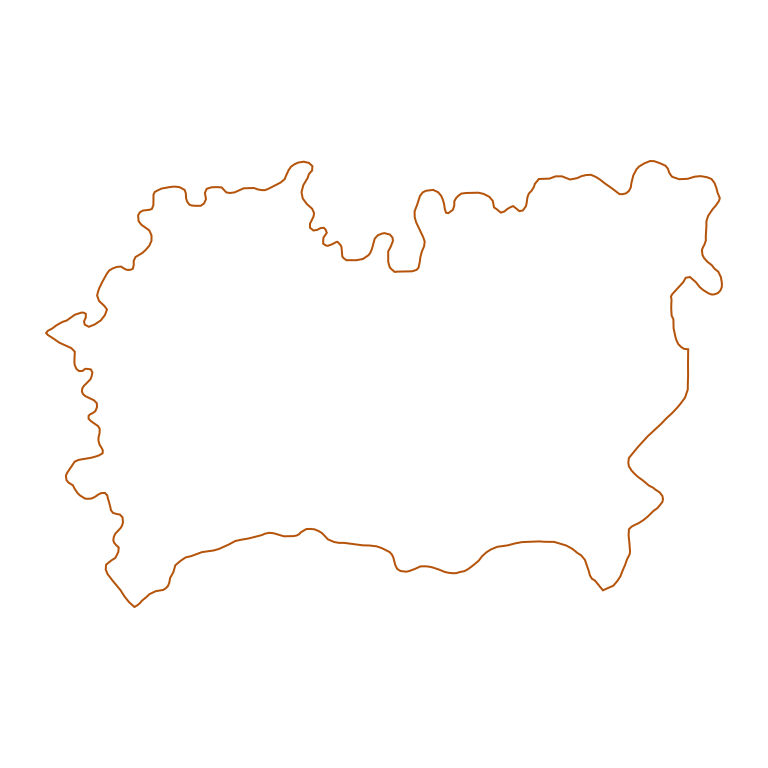 Hlybokaye, Vitebsk, Belarus
{"feature_id": "67162791B12228546801080", "entity_name": "Hlybokaye", "entity_type": "district", "adm_level": 2, "iso_a3": "BLR", "parent_name": "Belarus", "parent_adm1": "Vitebsk", "projection": "albers", "projection_center": [27.835, 55.173], "detail": "fine", "context": "isolated", "style": "outline", "palette": "amber", "viewbox_px": 768, "rotation_deg": 0, "n_neighbors": 0, "source": "geoboundaries", "source_scale": "gbopen_adm2", "svg_char_len": 6053}
<svg xmlns="http://www.w3.org/2000/svg" viewBox="0 0 768 768"><path d="M602.9,590.3L613.3,585.7L617.1,581.3L620.3,576.5L622.9,569.9L625.1,564.9L627.0,559.4L629.8,553.9L630.0,551.3L629.4,542.9L628.6,535.6L628.9,529.3L631.4,526.8L634.0,525.3L638.5,523.2L643.4,520.1L647.8,516.5L653.6,510.8L657.4,508.1L660.0,505.1L662.4,501.9L663.0,499.0L662.4,496.0L659.7,492.4L655.4,489.6L653.1,487.7L649.1,485.7L642.8,480.4L637.7,476.7L634.3,473.5L631.6,470.6L628.9,466.3L628.3,462.5L628.9,458.0L637.9,447.0L647.7,436.3L661.2,423.8L666.6,418.1L671.9,413.3L676.4,408.6L679.8,404.6L685.0,397.7L687.8,389.4L687.8,384.5L688.1,376.2L688.0,363.4L688.2,349.3L684.1,348.9L680.9,346.8L678.2,344.0L676.7,340.8L675.6,337.6L673.6,328.4L673.4,319.3L671.6,315.6L671.2,307.8L671.5,299.7L671.0,296.3L672.3,294.1L683.3,282.1L685.7,277.8L689.9,277.0L695.9,282.2L699.7,287.1L703.3,290.1L708.6,293.4L712.0,294.6L715.0,294.2L718.0,293.0L720.5,290.3L721.8,287.1L721.9,283.2L720.9,277.2L718.3,271.7L714.5,268.7L711.8,265.2L707.4,261.8L704.0,257.9L702.5,255.1L701.9,250.0L703.0,247.2L704.3,244.9L705.8,240.7L705.8,235.8L706.4,226.2L706.4,221.2L708.2,215.7L712.7,209.1L715.7,205.7L719.0,200.9L719.8,198.1L717.5,192.5L716.5,188.4L714.6,183.1L711.5,179.0L707.0,177.2L700.4,176.1L694.6,176.7L687.7,178.8L679.2,179.2L672.1,176.8L669.4,173.1L667.9,168.8L665.6,165.8L660.9,163.6L654.3,161.2L650.2,161.0L644.4,163.3L639.1,166.5L636.5,169.3L633.3,175.4L631.3,183.5L630.8,187.4L628.9,191.0L626.1,193.3L622.5,194.2L619.5,194.1L611.6,188.1L604.6,183.2L599.9,179.5L595.8,176.9L590.9,174.8L585.8,175.1L581.3,176.2L577.3,178.1L570.0,179.5L561.9,176.3L555.7,176.3L549.5,178.6L538.8,179.0L534.8,184.0L533.9,187.0L531.5,190.8L528.9,193.5L527.5,197.0L526.6,203.2L526.0,206.1L522.8,210.5L519.3,211.1L516.6,208.8L513.1,206.1L510.2,207.3L507.2,209.1L504.3,211.5L500.8,212.6L496.6,209.1L494.0,207.4L492.8,200.9L489.3,196.8L483.7,193.9L478.4,192.7L466.0,193.0L461.3,193.6L458.1,196.0L456.1,198.1L454.3,201.3L454.3,205.4L452.9,209.8L448.4,213.1L446.1,212.8L444.9,209.5L444.0,203.7L442.8,199.6L441.1,195.7L438.1,192.2L433.1,189.9L425.8,190.8L422.6,192.5L419.9,196.1L417.3,204.3L414.6,211.3L414.7,217.2L416.1,222.2L423.2,237.2L424.7,241.6L424.1,246.3L421.8,251.6L420.3,257.5L420.0,260.7L418.5,267.8L416.5,269.9L412.1,271.3L398.2,271.6L394.7,271.9L391.2,269.0L389.7,267.2L388.2,261.7L388.2,251.4L390.6,246.9L392.9,241.1L392.6,237.8L390.0,234.6L384.4,233.1L381.7,233.7L377.9,235.2L374.7,238.7L372.0,248.7L370.3,252.8L368.5,255.2L362.9,259.0L356.5,260.2L346.5,260.2L343.5,258.1L342.3,256.4L341.5,247.2L340.6,245.2L337.6,241.9L336.5,241.9L332.0,244.3L327.9,245.8L325.9,245.5L323.2,243.7L323.2,239.9L323.5,237.5L326.8,232.8L325.6,229.6L323.8,227.8L320.6,228.1L317.1,229.9L313.5,230.5L310.0,227.8L310.0,223.7L313.5,216.6L314.1,213.1L312.1,208.7L306.8,204.0L302.7,198.4L301.5,192.2L303.3,185.2L307.7,177.9L308.9,174.0L312.1,170.5L312.4,166.1L308.9,162.9L303.6,161.7L298.0,162.6L294.5,164.3L291.0,166.7L288.6,170.2L286.0,175.8L284.8,179.0L280.7,182.5L268.6,188.7L265.1,190.1L261.9,190.1L258.1,189.5L253.9,188.0L243.7,188.3L234.5,192.4L229.8,193.0L226.3,192.4L221.6,187.4L216.9,187.1L211.4,187.3L206.7,188.8L204.9,192.9L206.0,199.1L204.0,203.5L200.7,205.8L195.1,205.8L191.6,205.5L189.3,204.6L187.2,201.6L186.1,198.4L185.8,193.1L184.6,189.9L179.6,187.2L174.9,186.6L170.8,186.9L161.4,188.6L154.9,191.8L153.5,194.5L153.4,205.0L151.9,208.9L149.9,209.7L142.8,210.6L139.9,212.3L138.1,215.3L138.6,221.1L141.3,224.7L149.2,230.3L151.5,235.3L151.5,240.6L149.4,245.6L145.3,250.3L142.0,253.2L135.5,257.0L133.7,260.8L133.7,265.2L132.8,268.8L130.2,269.9L126.9,269.9L124.3,268.7L121.1,266.6L116.9,266.9L112.8,268.4L109.3,270.4L106.9,273.6L102.2,282.1L99.2,288.3L98.0,291.8L97.1,295.6L99.1,301.0L104.4,306.0L107.0,309.5L104.9,315.1L100.8,320.4L94.6,324.5L88.9,326.8L84.8,324.7L84.0,321.5L85.8,317.4L85.8,313.8L83.4,312.6L81.4,312.6L74.9,314.7L66.7,320.5L63.1,321.7L60.5,323.0L56.3,325.4L52.1,328.6L47.8,330.8L46.1,333.0L48.0,335.1L53.8,338.8L59.4,342.7L71.3,348.1L74.8,351.7L74.4,361.0L74.6,364.7L76.4,368.9L78.9,371.0L82.4,371.0L85.1,368.9L86.4,368.8L90.8,369.4L92.4,372.4L91.7,376.0L90.5,379.2L83.7,386.1L82.3,388.4L81.9,391.4L82.9,394.0L85.3,396.1L94.0,400.3L96.8,403.2L97.0,407.1L95.4,411.1L92.6,413.2L90.1,414.3L88.6,415.8L88.6,418.8L91.2,421.3L98.2,426.2L99.7,428.9L99.6,433.2L98.5,437.4L98.5,440.8L99.6,444.8L101.3,447.4L102.8,450.3L102.6,453.3L98.8,455.5L95.4,456.6L91.0,457.8L78.9,459.8L74.7,461.6L67.3,472.6L65.9,475.6L66.5,480.1L68.5,482.6L72.9,485.3L74.6,488.7L77.4,492.9L79.8,495.3L85.1,498.6L87.4,498.8L91.2,498.6L94.6,497.1L98.7,494.3L101.4,493.0L105.0,493.0L107.3,495.5L107.8,498.1L108.7,501.0L110.2,506.5L111.0,510.3L113.0,512.9L117.0,514.1L119.8,514.5L122.5,517.3L123.0,522.4L122.1,525.5L120.7,527.9L115.4,533.6L113.9,536.6L113.3,540.0L114.0,542.5L116.1,545.1L118.7,547.4L118.3,552.0L115.3,558.0L111.8,560.1L106.1,564.6L105.7,569.5L107.6,574.1L112.5,580.5L120.6,590.3L124.5,596.5L129.1,602.2L134.4,607.0L137.6,605.1L140.2,602.9L141.8,600.8L146.5,597.0L149.4,594.2L155.7,591.2L163.2,589.9L165.7,588.4L168.0,585.9L169.3,582.7L170.1,578.0L173.4,572.1L175.3,565.3L180.6,560.8L185.7,557.4L191.2,556.1L202.0,552.1L213.5,550.5L218.8,549.0L228.6,544.6L235.3,541.0L241.3,539.7L248.5,538.5L261.8,535.1L264.9,533.7L269.1,532.8L273.9,533.3L283.9,536.3L293.5,536.1L296.6,535.5L299.2,534.2L300.6,532.5L306.2,529.1L309.6,528.9L314.4,529.3L318.5,531.0L321.9,533.0L326.5,537.8L327.8,539.3L334.1,542.0L339.1,542.9L344.4,542.9L362.5,545.3L369.4,545.5L376.5,546.3L381.8,548.1L389.7,552.1L391.9,554.6L393.3,557.4L395.4,565.4L397.2,568.9L400.5,571.0L406.3,571.7L409.1,571.1L415.2,568.8L420.4,566.4L425.6,566.3L428.8,566.6L432.5,567.4L439.1,569.6L444.6,571.9L448.0,572.7L452.5,573.2L456.1,573.2L459.6,572.1L464.5,571.1L468.1,569.1L472.2,566.1L478.6,560.8L482.2,556.1L486.4,552.3L491.0,549.4L497.3,546.8L508.0,545.3L514.2,543.6L521.9,542.1L539.5,541.4L544.5,541.8L554.2,541.9L566.2,545.5L572.3,548.8L577.6,553.1L581.1,555.3L584.9,559.8L588.9,571.4L589.8,575.2L591.9,578.7L595.0,580.6L602.9,590.3Z" fill="none" stroke="#b45309" stroke-width="2"/></svg>